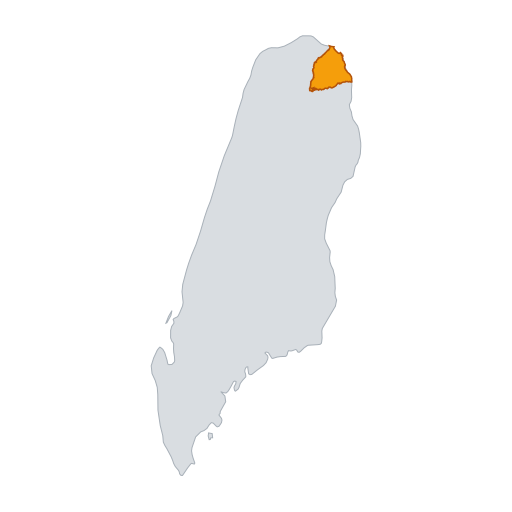 location of Ampanihy Ouest, Atsimo-Andrefana, Madagascar, rotated 182°
{"feature_id": "10022922B9355726550011", "entity_name": "Ampanihy Ouest", "entity_type": "district", "adm_level": 2, "iso_a3": "MDG", "parent_name": "Madagascar", "parent_adm1": "Atsimo-Andrefana", "projection": "natural_earth1", "projection_center": [44.601, -24.59], "detail": "fine", "context": "in_parent", "style": "filled", "palette": "amber", "viewbox_px": 512, "rotation_deg": 182, "n_neighbors": 0, "source": "geoboundaries", "source_scale": "gbopen_adm2", "svg_char_len": 8559}
<svg xmlns="http://www.w3.org/2000/svg" viewBox="0 0 512 512"><g transform="rotate(182 256 256)"><path d="M331.0,45.7L332.3,49.1L333.8,52.4L338.4,60.4L340.4,63.4L342.1,66.7L342.9,73.2L345.8,83.3L348.6,98.5L349.3,114.0L350.1,121.2L352.3,127.9L355.8,134.9L356.9,142.6L354.7,150.6L351.5,158.2L350.6,159.6L349.1,161.5L348.4,161.4L345.9,159.5L343.9,156.3L341.3,148.8L340.4,145.0L339.3,144.4L336.2,144.7L334.0,147.1L333.6,148.6L334.0,152.8L334.8,156.6L335.2,160.5L335.2,165.4L336.0,166.8L337.2,168.1L338.5,171.2L338.7,178.8L337.8,182.7L335.7,185.9L335.8,187.8L336.6,189.6L335.8,190.7L332.9,192.2L331.7,193.4L330.2,196.8L327.6,203.6L327.2,207.1L328.7,217.7L328.2,225.2L324.9,239.6L323.0,246.5L320.4,254.6L316.3,265.4L312.3,278.9L308.8,292.8L306.3,301.2L303.4,309.4L299.5,324.0L296.1,338.8L291.2,355.1L284.4,373.2L283.7,375.6L282.2,384.8L280.7,392.9L278.8,400.9L275.0,414.0L274.6,418.1L273.7,422.0L270.1,430.2L268.5,433.3L267.4,436.6L266.8,440.7L265.7,444.7L263.1,452.1L259.1,458.4L256.5,460.7L250.7,464.0L247.8,464.7L241.3,464.8L235.0,466.7L228.5,470.3L222.2,474.5L219.8,476.5L217.1,477.7L208.8,477.9L206.4,477.0L198.1,470.1L194.8,469.0L188.8,468.0L186.9,467.4L185.2,466.5L182.8,462.9L177.9,459.9L176.7,458.9L176.0,456.8L175.4,454.6L174.2,452.1L173.2,447.2L171.6,443.9L167.1,437.9L166.6,436.0L166.2,429.7L166.4,425.4L165.9,417.6L166.4,413.9L168.0,410.6L167.4,407.0L165.7,403.3L165.0,399.4L163.8,395.8L159.0,389.4L157.9,386.3L157.1,383.0L155.3,372.9L155.1,369.3L155.3,361.8L156.0,358.0L157.1,355.3L157.4,353.3L158.2,351.6L159.3,350.2L160.0,348.6L161.8,339.0L164.0,336.9L167.4,335.7L170.0,333.2L171.6,329.8L173.1,322.9L177.3,316.0L178.8,312.3L182.2,306.9L185.2,299.2L186.1,295.5L186.8,291.8L187.6,283.7L188.1,279.6L188.0,275.6L186.3,271.4L182.2,263.9L182.0,262.5L182.4,257.0L182.0,252.9L180.5,248.9L178.5,245.1L176.6,238.1L175.7,226.4L175.9,222.1L175.3,218.4L173.9,214.8L174.9,208.6L187.2,185.9L187.6,183.3L187.1,176.4L187.4,172.3L187.8,170.8L188.8,170.0L190.9,169.6L200.9,168.6L202.1,167.9L204.6,166.0L208.1,162.3L209.6,161.2L211.0,161.6L211.9,163.2L213.0,164.0L217.0,162.4L218.6,162.3L220.1,162.6L220.9,161.1L221.3,159.0L221.9,157.5L223.0,156.7L228.2,156.3L231.5,155.7L235.8,154.2L236.7,154.5L240.2,159.7L241.2,160.1L242.6,160.4L243.7,159.4L240.9,156.7L240.5,155.2L240.7,153.4L242.2,149.7L244.7,146.8L250.3,142.5L256.1,137.5L257.8,137.2L259.2,138.0L260.3,143.9L260.2,144.8L261.1,145.0L262.2,144.2L263.1,141.9L263.2,139.9L262.4,138.0L262.1,136.4L262.0,134.9L265.0,131.4L267.3,128.1L268.4,124.1L269.3,122.3L271.8,120.2L272.5,120.6L273.1,122.2L273.4,124.0L272.7,125.8L271.8,127.5L271.5,129.8L272.8,130.3L274.1,129.7L276.1,125.5L278.2,121.5L279.5,119.5L281.2,118.0L283.9,118.3L286.5,119.2L282.2,115.0L281.2,109.3L286.3,99.4L286.4,97.3L287.1,96.6L287.5,95.8L284.8,92.5L284.3,90.8L284.7,88.3L286.0,86.1L287.1,84.5L288.8,83.9L290.0,84.7L292.9,87.5L294.8,87.9L297.1,85.3L299.0,82.0L301.9,79.7L305.1,78.3L310.0,73.1L313.3,62.2L313.6,59.0L312.9,55.2L311.7,51.5L309.9,46.9L310.4,45.9L313.1,46.5L314.0,45.9L316.9,41.9L321.8,34.1L323.3,34.1L324.7,35.6L325.2,37.7L326.1,39.2L329.4,42.9L331.0,45.7ZM297.3,76.3L297.3,77.5L293.6,77.0L293.0,72.8L294.9,72.7L295.3,71.0L296.4,70.8L297.5,74.5L297.3,76.3ZM341.3,192.5L338.1,198.5L339.0,193.5L342.7,186.2L343.7,185.7L341.3,192.5Z" fill="#d9dde1" stroke="#a8b0b8" stroke-width="1"/><path d="M175.9,432.4L175.4,432.6L175.0,432.9L174.1,432.8L173.6,432.9L173.4,433.0L173.1,433.0L172.9,433.0L172.7,433.1L172.5,433.5L172.4,433.6L172.1,433.4L171.7,433.5L170.5,433.6L170.0,433.2L169.8,433.3L169.6,433.3L169.3,433.3L169.0,433.4L168.8,433.4L168.7,433.4L168.5,433.7L168.1,433.7L167.8,433.5L167.7,433.4L167.6,433.2L167.0,433.2L166.4,433.2L166.3,434.0L166.5,434.8L166.6,435.7L166.5,436.5L166.6,437.2L166.8,437.6L166.9,438.5L167.4,439.2L167.9,440.0L168.4,440.6L168.4,440.8L168.7,441.0L168.9,441.3L169.3,441.6L170.4,442.3L171.3,443.2L171.7,443.7L171.7,444.0L171.9,444.2L172.7,444.9L173.2,445.8L173.4,446.0L173.7,446.6L173.9,446.9L173.9,447.2L174.0,447.7L173.9,448.0L174.1,448.5L174.1,448.8L174.0,449.1L173.7,449.2L173.5,449.6L173.5,450.0L173.5,450.4L173.7,450.8L173.9,451.0L174.0,451.3L174.3,451.7L174.4,452.1L174.5,452.7L174.6,453.0L175.0,453.5L175.9,454.4L176.2,454.7L176.2,454.9L176.3,455.5L176.2,456.3L176.4,456.8L176.6,457.2L176.7,457.9L176.7,458.2L176.5,458.4L176.3,458.5L176.4,458.8L176.2,458.9L176.3,459.6L176.6,459.6L176.7,459.2L176.8,459.2L176.9,459.3L177.1,459.4L177.3,459.5L177.6,459.8L177.5,460.2L177.5,460.6L177.8,460.8L177.7,460.9L177.3,460.7L177.3,460.8L177.7,461.2L178.2,461.7L178.4,462.0L178.8,462.3L178.9,462.2L178.8,461.9L178.5,461.7L178.8,461.8L179.0,461.8L179.6,461.4L180.1,461.4L180.3,461.4L181.2,461.8L181.6,462.2L181.9,462.5L182.2,462.7L182.8,463.3L183.0,463.4L183.5,463.9L183.9,464.4L184.3,464.7L185.0,465.5L185.5,466.5L185.6,467.1L185.6,467.4L185.4,467.8L186.6,467.9L187.7,468.0L188.3,468.1L189.5,468.5L190.0,468.6L189.9,468.4L189.6,468.1L189.5,467.8L189.4,467.4L189.4,467.1L189.6,466.3L189.8,465.8L190.0,465.2L190.3,465.2L190.4,464.9L190.3,464.6L190.5,464.4L190.8,464.6L191.0,464.5L191.0,464.2L191.5,464.0L191.6,463.9L191.6,463.6L191.9,463.5L192.1,463.4L192.4,463.0L192.7,462.7L192.9,462.3L193.0,462.1L193.5,461.8L193.8,461.5L193.9,461.4L193.9,461.1L194.0,460.9L194.4,460.8L194.5,460.7L194.6,460.2L194.8,460.0L195.2,460.0L195.4,459.9L195.7,459.7L195.8,459.1L196.5,458.8L196.6,458.5L196.8,458.4L197.0,458.2L197.1,457.7L197.6,457.7L197.8,457.5L197.9,457.0L198.3,457.0L198.6,456.9L198.8,456.7L199.0,456.7L199.5,456.4L199.5,456.2L200.1,456.1L200.1,456.3L200.3,456.4L200.5,456.3L200.6,456.2L200.7,455.7L200.9,455.5L200.8,455.3L200.8,455.1L201.0,455.0L201.3,454.6L201.5,454.4L201.7,454.1L201.9,454.0L202.3,453.6L202.3,453.3L202.5,452.6L202.7,452.3L202.5,451.8L202.7,451.7L202.8,451.8L203.0,451.9L203.0,451.6L203.3,451.6L203.5,451.8L203.9,451.8L204.0,451.7L203.9,451.3L203.9,451.1L204.1,450.8L204.5,450.8L204.5,450.4L204.4,450.0L204.5,449.9L204.8,449.3L204.7,449.2L204.6,448.7L205.0,448.1L205.1,447.8L205.1,447.4L204.8,446.9L204.8,446.7L204.7,446.6L204.7,446.2L204.9,445.7L205.1,445.4L205.3,445.1L205.5,445.0L205.5,444.9L205.8,444.7L205.7,444.3L205.6,444.1L205.7,443.8L205.7,443.5L205.8,443.4L205.9,443.2L205.5,442.8L205.5,442.7L205.6,442.4L205.5,442.0L205.3,441.9L205.2,441.9L205.1,441.7L205.2,441.4L205.2,441.2L204.9,440.8L204.9,440.4L205.0,440.3L204.9,440.2L204.7,439.6L204.8,439.4L204.8,439.2L204.7,439.2L204.7,438.9L204.6,438.6L204.6,438.1L204.7,437.7L204.8,437.2L204.7,437.0L204.8,436.8L204.7,436.7L204.5,436.3L204.8,436.2L205.0,436.0L205.1,435.4L205.3,434.8L205.4,434.7L205.7,434.5L206.0,433.8L206.6,433.4L206.7,433.1L206.9,432.4L207.4,431.9L207.2,431.2L207.3,430.5L207.4,430.0L207.3,429.6L207.3,429.3L207.3,429.0L207.3,428.8L207.5,428.7L207.4,428.1L207.6,427.5L207.6,427.1L207.8,426.8L207.7,426.6L207.8,426.4L207.5,426.4L207.5,426.2L207.8,426.0L208.0,425.9L208.0,425.7L208.3,425.5L208.3,425.0L208.3,424.5L208.1,424.3L208.1,423.7L208.1,423.2L207.9,423.1L207.7,423.0L207.4,423.1L207.2,423.2L206.8,423.1L206.5,422.9L206.2,422.8L206.1,422.6L205.9,422.7L205.7,422.6L205.4,423.4L205.3,423.7L205.2,424.9L206.2,425.5L205.3,425.7L204.6,426.0L204.8,425.6L204.5,425.7L204.1,425.6L204.2,425.4L204.7,425.4L204.7,424.9L204.2,425.0L204.1,424.4L203.9,424.6L203.7,424.4L204.2,424.3L204.7,424.0L204.7,423.8L204.3,423.6L205.1,423.5L205.2,422.9L205.0,422.7L204.9,422.9L204.6,423.0L204.1,423.6L204.2,423.8L203.8,424.2L203.4,424.3L203.6,424.5L203.3,424.6L203.6,425.0L203.7,425.3L203.4,425.6L203.0,425.7L202.0,425.4L202.1,425.2L202.2,424.8L202.0,424.7L201.9,424.9L201.9,425.1L201.8,425.3L201.5,425.0L201.5,424.8L201.4,424.5L201.3,424.4L201.1,424.5L200.9,424.8L200.7,424.8L200.5,424.6L200.4,424.6L200.2,424.5L199.8,424.6L199.6,424.4L199.5,424.0L199.3,423.9L199.2,423.9L199.0,424.0L198.9,424.5L198.6,424.5L198.3,424.7L198.1,425.0L197.9,425.0L197.7,425.0L197.6,424.8L197.0,424.8L196.6,424.3L196.5,424.2L196.3,424.3L196.0,424.6L195.7,424.7L195.1,424.8L194.9,424.7L194.3,424.8L194.0,425.2L193.7,425.2L193.5,425.5L193.3,425.8L192.6,426.1L192.2,426.1L191.7,425.9L191.3,426.0L191.0,425.9L190.6,425.7L190.1,426.3L189.8,426.4L189.6,426.4L189.4,426.6L189.4,426.9L189.3,427.0L189.1,427.3L187.7,427.4L187.3,427.2L187.0,426.9L186.8,426.7L185.8,426.7L185.3,426.9L184.4,427.6L184.2,427.5L183.7,427.8L183.2,428.2L182.7,428.5L181.9,429.1L181.7,429.3L181.7,429.5L181.5,430.0L181.3,430.2L181.0,430.5L180.6,430.9L180.3,431.6L179.8,431.6L179.6,431.6L179.4,431.5L179.2,431.3L179.1,431.5L178.8,431.7L178.7,431.5L178.4,431.4L178.2,431.1L177.8,431.6L177.3,431.3L177.2,431.3L176.9,431.7L176.3,432.3L175.9,432.4Z" fill="#f59e0b" stroke="#b45309" stroke-width="1.5"/></g></svg>